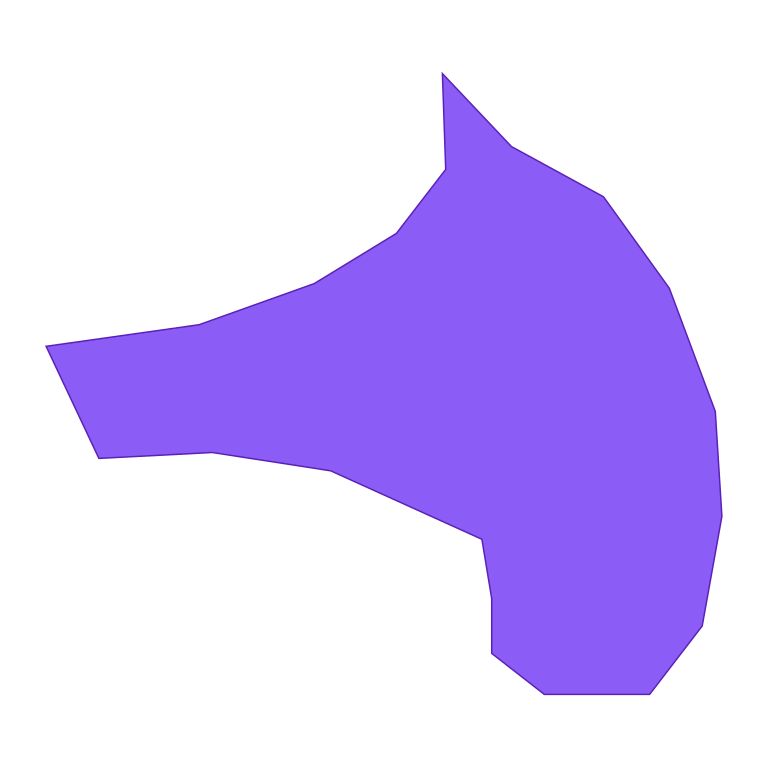 an SVG outline of San Marino
{"feature_id": "SMR-4884", "entity_name": "San Marino", "entity_type": "state/province", "adm_level": 1, "iso_a3": "SMR", "parent_name": "San Marino", "parent_adm1": "", "projection": "mercator", "projection_center": [12.418, 43.922], "detail": "fine", "context": "isolated", "style": "filled", "palette": "violet", "viewbox_px": 768, "rotation_deg": 0, "n_neighbors": 0, "source": "natural_earth", "source_scale": "10m", "svg_char_len": 380}
<svg xmlns="http://www.w3.org/2000/svg" viewBox="0 0 768 768"><path d="M98.9,458.4L46.1,346.3L199.1,324.7L314.2,283.6L396.4,233.4L445.7,169.4L442.4,73.6L511.5,146.6L603.5,196.8L669.3,288.2L715.3,411.4L721.9,516.4L702.2,626.0L649.6,694.4L544.3,694.4L491.7,653.4L491.7,598.6L481.9,539.3L330.6,470.8L212.2,452.5L98.9,458.4Z" fill="#8b5cf6" stroke="#5b21b6" stroke-width="1.5"/></svg>